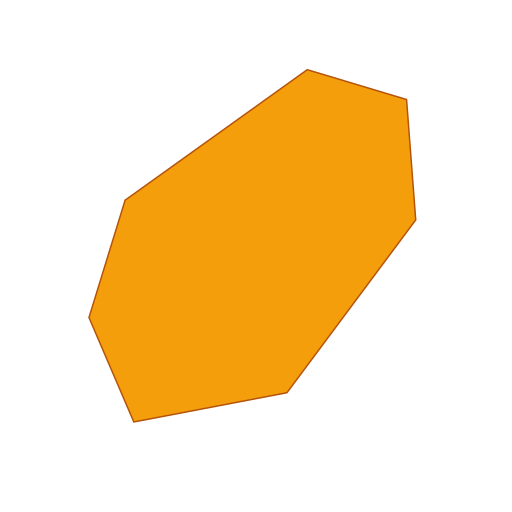 SVG path tracing the border of Kayangel, rotated 16°
{"feature_id": "PLW-5248", "entity_name": "Kayangel", "entity_type": "state/province", "adm_level": 1, "iso_a3": "PLW", "parent_name": "Palau", "parent_adm1": "", "projection": "albers", "projection_center": [134.709, 8.073], "detail": "fine", "context": "isolated", "style": "filled", "palette": "amber", "viewbox_px": 512, "rotation_deg": 16, "n_neighbors": 0, "source": "natural_earth", "source_scale": "10m", "svg_char_len": 263}
<svg xmlns="http://www.w3.org/2000/svg" viewBox="0 0 512 512"><g transform="rotate(16 256 256)"><path d="M253.9,62.8L357.6,64.1L399.6,177.3L323.4,378.9L184.3,449.2L112.4,361.2L114.8,238.4L253.9,62.8Z" fill="#f59e0b" stroke="#b45309" stroke-width="1.5"/></g></svg>